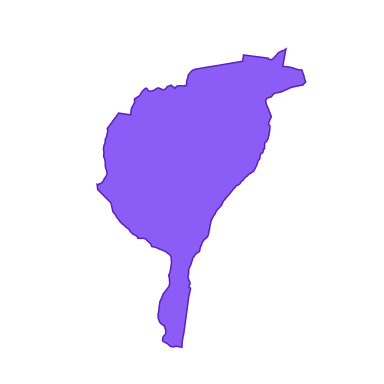 the district of San Rafael, Heredia, Costa Rica, rotated 189°
{"feature_id": "36466004B33619943127012", "entity_name": "San Rafael", "entity_type": "district", "adm_level": 2, "iso_a3": "CRI", "parent_name": "Costa Rica", "parent_adm1": "Heredia", "projection": "mercator", "projection_center": [-84.081, 10.06], "detail": "fine", "context": "isolated", "style": "filled", "palette": "violet", "viewbox_px": 384, "rotation_deg": 189, "n_neighbors": 0, "source": "geoboundaries", "source_scale": "gbopen_adm2", "svg_char_len": 6022}
<svg xmlns="http://www.w3.org/2000/svg" viewBox="0 0 384 384"><g transform="rotate(189 192 192)"><path d="M287.0,184.8L285.5,179.6L270.4,168.6L267.0,160.1L266.0,159.1L264.9,158.3L264.5,158.1L262.6,155.4L261.3,154.4L258.5,151.5L255.6,149.3L255.4,149.3L254.2,148.8L253.6,148.2L252.5,147.6L251.4,146.8L248.6,145.4L248.1,144.8L247.3,143.8L245.4,142.2L243.9,141.2L240.8,140.2L240.3,140.2L239.6,139.8L239.0,139.3L238.8,138.5L238.3,137.9L236.7,137.9L235.6,138.2L233.8,138.4L233.2,138.6L231.6,138.6L231.1,138.5L230.2,138.0L229.9,137.7L228.0,136.6L227.3,136.0L225.9,135.2L225.4,134.7L225.2,134.7L224.6,134.1L223.4,132.1L223.1,131.8L220.7,131.8L218.0,131.4L216.3,130.8L209.8,129.4L207.6,128.5L206.9,127.9L205.3,127.2L204.9,127.1L204.8,126.9L204.2,126.6L203.7,126.1L202.4,124.5L202.1,122.6L201.8,121.9L201.8,121.2L201.4,120.7L201.4,119.7L201.2,118.9L201.2,116.8L201.1,116.4L201.2,108.8L201.3,108.2L201.9,106.9L201.9,106.0L201.8,105.1L201.1,103.9L200.6,102.5L200.6,101.8L200.4,101.5L200.4,100.8L199.8,98.7L199.8,97.3L200.0,95.1L204.7,86.4L204.9,84.6L205.2,84.0L205.4,82.6L205.6,82.4L205.6,81.7L206.3,79.8L206.3,79.0L206.5,78.8L206.5,72.6L206.3,72.0L206.3,65.5L206.1,65.2L206.1,64.5L205.9,64.3L205.9,63.6L205.6,61.9L205.2,61.5L205.0,60.9L204.6,60.3L204.5,60.0L203.6,58.5L203.1,58.0L202.2,57.2L201.3,56.8L200.7,56.3L198.7,55.7L198.7,55.4L198.5,55.2L198.2,55.2L197.9,54.7L197.7,54.1L197.5,53.8L197.5,53.5L196.9,52.7L196.9,52.3L196.4,51.6L196.0,50.0L196.0,47.5L196.7,46.3L197.6,45.2L197.8,43.8L198.0,43.7L198.0,40.8L197.2,40.0L195.4,39.2L195.0,39.2L194.4,38.9L193.7,38.9L193.4,38.6L192.8,38.5L191.2,37.5L190.1,36.7L188.9,36.2L187.9,36.0L186.5,36.0L184.9,36.5L184.2,37.1L177.7,37.1L177.7,38.1L178.2,41.4L178.2,49.0L178.0,49.6L178.0,52.0L178.8,88.0L178.3,96.4L178.5,96.8L178.8,97.1L179.8,97.4L180.3,97.8L180.3,98.6L179.6,100.2L179.6,101.3L179.8,102.2L180.2,102.9L181.4,104.7L181.8,105.8L182.3,106.2L182.7,107.9L182.7,109.7L182.5,110.1L182.5,110.7L182.8,111.7L182.8,113.2L183.2,114.9L182.7,117.1L181.9,119.4L181.4,122.9L181.0,124.6L181.0,126.5L180.5,127.7L180.0,128.3L179.5,129.2L179.2,130.4L178.5,131.3L176.3,133.6L175.7,134.0L175.4,134.5L175.2,135.5L175.2,138.1L175.0,138.6L175.0,139.2L174.6,140.1L174.5,140.9L174.4,140.9L174.3,142.3L173.7,144.3L172.3,147.2L170.5,148.8L169.3,151.3L169.2,152.3L169.1,152.5L169.1,156.5L168.9,157.1L168.9,163.2L168.7,163.9L168.7,166.4L168.5,166.7L168.5,167.4L168.3,167.6L168.3,168.0L168.0,168.5L167.9,169.2L167.6,169.7L167.2,171.3L166.9,171.8L166.5,172.8L166.2,173.1L165.8,174.0L165.6,175.0L165.3,175.6L165.1,176.8L164.7,177.3L164.7,177.6L164.6,177.8L164.5,178.1L163.2,179.7L162.4,181.2L161.7,182.0L161.0,183.2L161.0,183.5L160.4,184.8L160.4,185.1L160.2,185.3L160.2,185.7L159.9,186.6L159.7,188.0L159.2,188.6L158.7,189.5L158.4,189.6L158.1,190.2L158.1,190.6L157.8,190.7L157.7,191.0L157.0,192.1L156.8,192.7L155.7,194.1L155.7,194.5L155.1,195.1L154.5,196.3L154.1,196.7L153.6,197.9L153.3,198.2L150.3,203.5L150.0,203.5L149.2,205.4L147.4,206.1L146.7,206.8L145.7,208.2L145.0,210.0L144.5,210.7L143.7,211.2L143.3,211.8L142.2,214.1L141.5,214.8L140.6,215.9L139.9,216.4L139.0,217.9L134.7,221.8L134.0,222.9L133.3,225.0L133.2,225.7L132.3,228.2L132.1,229.9L131.8,231.5L131.8,232.3L131.3,233.6L130.6,234.5L130.3,235.0L130.4,239.3L130.0,240.1L129.7,241.1L129.3,241.4L128.4,241.6L128.2,242.1L128.0,245.6L127.3,245.8L127.2,246.1L127.2,247.0L127.4,247.6L127.4,249.2L127.7,250.3L127.8,251.9L126.6,253.2L125.7,255.0L125.2,256.9L125.1,259.0L124.9,259.9L124.9,265.8L125.1,267.0L125.1,268.3L125.7,269.9L126.8,271.0L127.0,271.4L126.9,272.8L126.4,275.3L125.4,278.7L126.1,280.1L127.0,281.4L127.0,281.9L127.8,282.7L128.7,284.7L129.0,285.0L129.6,286.2L130.0,286.6L130.7,287.8L130.7,288.1L131.6,289.0L132.0,290.0L132.4,290.5L132.8,291.7L133.1,291.9L133.2,292.2L133.3,293.6L133.5,294.1L132.7,296.1L130.7,297.4L128.6,298.3L127.9,299.6L127.8,299.8L127.6,300.1L127.4,300.8L125.7,302.5L119.5,304.8L114.0,308.4L113.7,308.7L113.3,308.9L112.3,309.7L111.8,309.9L111.1,310.4L109.3,311.2L108.1,311.7L107.6,312.0L106.5,312.3L104.9,313.1L104.2,313.1L102.0,314.1L99.3,314.9L98.8,315.4L98.6,316.1L97.9,317.1L97.9,317.3L97.7,317.3L97.0,318.0L97.0,318.5L97.4,319.5L97.8,320.1L98.8,321.9L99.2,322.7L99.2,323.2L99.4,323.6L99.5,324.0L100.6,326.0L102.0,328.6L102.5,329.7L103.1,329.8L104.2,329.4L106.5,329.4L106.6,329.5L108.8,329.8L111.6,330.3L113.9,330.5L114.4,330.7L122.0,330.3L121.6,348.0L123.9,345.9L124.9,345.7L128.4,343.2L132.7,336.3L133.4,336.0L134.0,335.1L136.9,335.1L137.6,336.1L162.6,335.4L162.4,329.1L208.3,313.7L208.8,313.2L210.4,312.4L211.0,311.8L213.1,308.7L214.1,306.7L214.0,304.6L214.5,301.8L214.5,299.3L214.4,298.2L214.1,297.8L214.1,297.4L214.4,296.9L214.5,296.3L214.7,295.9L216.1,295.8L217.7,295.3L219.7,295.2L221.6,294.8L223.1,294.4L224.0,293.8L225.1,291.6L226.5,292.8L228.4,293.6L229.1,294.1L229.9,294.1L231.2,293.0L232.0,292.8L232.9,292.3L233.8,290.5L235.0,288.9L235.9,288.6L237.8,288.6L238.9,289.0L239.9,289.2L240.3,289.4L240.9,289.5L241.3,289.4L242.3,289.4L244.1,287.9L245.2,286.7L248.6,285.1L250.6,285.1L251.7,285.8L252.1,286.6L252.6,287.1L253.4,287.4L253.9,287.3L254.5,286.7L256.5,284.3L257.0,283.3L257.4,282.4L258.2,281.0L258.3,279.8L258.8,278.9L260.7,277.4L261.7,276.3L263.1,275.3L263.4,274.9L263.3,273.9L262.8,272.8L262.8,271.0L263.0,270.4L263.2,270.2L263.5,269.3L263.6,268.7L264.9,265.2L264.9,262.1L264.7,258.6L276.8,258.5L284.2,244.1L284.2,243.8L285.6,241.8L285.6,241.1L284.9,240.1L284.8,237.1L285.0,235.6L285.0,233.1L285.1,232.7L285.8,231.5L285.8,229.0L285.6,227.7L285.6,226.3L286.2,224.6L286.2,220.7L285.9,219.5L285.5,218.5L285.5,218.1L285.1,217.2L285.1,215.4L285.0,214.4L284.6,212.8L283.3,210.7L283.0,209.9L282.2,206.9L281.9,205.0L281.7,204.1L281.5,203.8L281.5,203.3L280.9,201.8L280.6,201.5L280.5,201.1L279.7,200.0L279.6,199.1L279.0,198.2L278.8,196.3L278.9,195.2L279.1,194.9L279.2,194.5L280.1,192.7L280.4,191.7L280.7,191.5L280.9,190.2L281.1,189.9L281.4,188.9L281.9,187.9L282.2,187.7L282.5,187.1L284.3,185.6L284.6,185.6L285.5,184.9L285.8,184.9L286.1,184.7L287.0,184.8Z" fill="#8b5cf6" stroke="#5b21b6" stroke-width="1.5"/></g></svg>